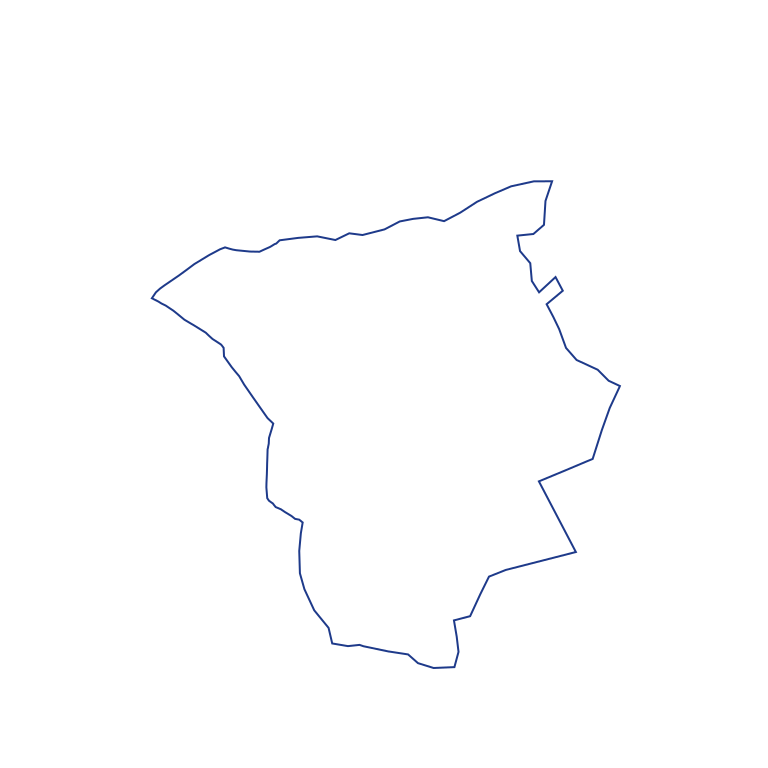 Mandoul Oriental, Mandoul, Chad, rotated 206°
{"feature_id": "50815135B49309888435923", "entity_name": "Mandoul Oriental", "entity_type": "district", "adm_level": 2, "iso_a3": "TCD", "parent_name": "Chad", "parent_adm1": "Mandoul", "projection": "robinson", "projection_center": [17.725, 9.127], "detail": "fine", "context": "isolated", "style": "outline", "palette": "blue", "viewbox_px": 768, "rotation_deg": 206, "n_neighbors": 0, "source": "geoboundaries", "source_scale": "gbopen_adm2", "svg_char_len": 2158}
<svg xmlns="http://www.w3.org/2000/svg" viewBox="0 0 768 768"><g transform="rotate(206 384 384)"><path d="M171.1,485.6L183.5,485.4L198.2,490.5L221.4,490.0L236.2,496.2L250.6,510.1L261.1,518.4L272.8,527.0L264.2,546.2L276.7,555.3L284.8,534.4L296.3,541.4L305.5,556.7L320.0,563.1L329.2,575.8L315.5,584.3L310.0,597.2L319.1,619.3L321.8,639.9L338.2,631.8L356.4,617.4L367.9,604.1L380.3,588.5L390.6,571.4L401.4,556.7L417.6,553.1L430.2,545.2L441.1,537.0L451.3,523.2L468.6,508.5L481.3,504.2L490.8,492.1L508.8,487.4L525.2,477.7L540.8,467.4L542.4,463.0L543.6,461.8L545.8,458.3L546.7,457.0L550.4,452.6L551.8,450.9L552.6,449.9L553.9,448.3L562.5,444.3L575.4,439.5L578.9,438.5L582.5,437.8L586.8,437.1L587.2,436.6L589.4,434.3L590.4,433.2L590.5,433.1L591.5,431.7L596.0,425.5L596.9,424.3L598.0,422.7L607.0,408.7L608.8,405.2L610.6,401.7L615.9,391.6L624.5,376.5L627.1,371.6L629.2,366.4L630.2,359.3L622.9,359.2L619.3,358.8L614.6,358.8L609.5,358.1L605.7,357.6L603.4,357.1L596.6,355.5L591.6,354.3L588.0,354.0L583.2,353.6L581.4,353.5L566.7,352.0L562.7,350.7L557.9,349.3L549.0,348.2L547.7,348.0L546.8,347.6L544.0,346.2L539.9,338.7L537.7,337.5L528.7,332.6L528.1,332.3L522.5,329.7L517.7,327.6L509.5,322.2L496.0,314.6L477.2,304.2L473.9,302.4L473.4,302.2L470.6,301.3L470.2,301.2L466.2,299.9L465.9,298.3L465.2,294.4L463.7,285.1L462.4,282.1L461.4,279.8L460.8,277.5L460.7,277.0L460.4,276.2L460.0,274.3L456.7,267.0L455.5,264.3L454.4,261.8L453.9,260.7L452.6,257.9L449.8,251.7L446.2,243.4L444.4,239.5L438.9,230.2L436.3,228.7L433.6,228.2L431.5,227.9L430.0,227.1L427.4,225.9L424.0,226.1L423.5,226.1L421.6,226.2L420.5,226.0L419.6,225.9L417.0,225.5L415.8,225.4L409.3,224.8L404.8,223.8L400.7,224.9L399.5,224.6L399.3,224.6L397.0,224.0L396.4,223.9L393.3,213.4L387.0,196.8L376.6,177.0L365.6,164.7L347.5,150.0L326.9,140.5L316.8,128.1L301.5,132.6L291.6,138.8L287.5,139.3L262.2,145.7L262.1,145.8L261.1,146.1L243.8,151.5L231.1,148.0L214.9,150.5L196.6,160.4L199.6,175.9L207.9,188.8L217.5,202.2L204.8,213.1L205.3,237.4L205.2,256.9L193.0,270.3L137.9,317.1L202.1,364.4L182.3,386.8L167.8,403.4L163.6,408.1L168.0,438.1L170.6,461.4L171.0,484.2L171.1,485.6Z" fill="none" stroke="#1e3a8a" stroke-width="2"/></g></svg>